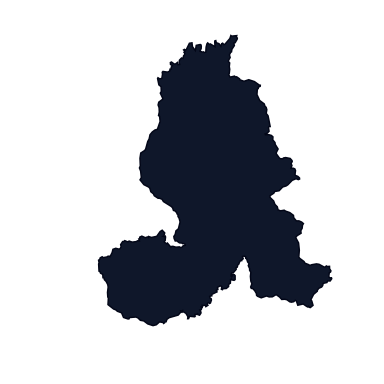 Rosário do Sul, Rio Grande do Sul, Brazil, rotated 74°
{"feature_id": "56859067B54668375607897", "entity_name": "Rosário do Sul", "entity_type": "district", "adm_level": 2, "iso_a3": "BRA", "parent_name": "Brazil", "parent_adm1": "Rio Grande do Sul", "projection": "mercator", "projection_center": [-55.098, -30.378], "detail": "fine", "context": "isolated", "style": "filled", "palette": "ink", "viewbox_px": 384, "rotation_deg": 74, "n_neighbors": 0, "source": "geoboundaries", "source_scale": "gbopen_adm2", "svg_char_len": 5991}
<svg xmlns="http://www.w3.org/2000/svg" viewBox="0 0 384 384"><g transform="rotate(74 192 192)"><path d="M52.5,143.4L52.2,147.5L57.0,149.8L52.4,151.5L48.6,150.9L48.3,153.5L53.5,158.2L53.6,159.4L52.8,160.0L53.1,160.9L54.8,160.0L55.5,161.2L56.7,160.7L58.1,161.4L58.7,162.5L61.1,163.8L60.3,165.1L61.8,167.7L63.8,168.6L66.0,168.7L65.8,170.5L63.5,170.4L64.4,172.5L64.1,173.8L61.4,175.9L61.6,177.1L63.5,177.5L65.2,176.0L66.2,177.5L68.0,178.1L67.8,179.2L69.6,180.1L70.0,182.5L68.1,186.7L68.7,187.6L70.7,187.9L74.5,189.7L74.4,191.8L72.8,193.2L73.4,193.8L79.9,194.3L82.2,192.7L86.9,193.8L88.2,195.2L93.9,194.3L94.8,194.8L96.5,199.2L99.0,200.6L101.9,200.4L106.1,201.4L109.3,203.1L110.4,202.3L115.4,203.2L122.2,208.0L122.2,210.6L123.4,213.7L125.4,216.6L129.2,218.6L131.2,220.6L137.8,224.6L139.0,225.9L140.4,230.5L145.2,232.7L152.7,234.5L154.4,235.9L157.7,235.6L164.1,236.7L166.0,238.6L171.7,236.2L175.3,232.3L176.8,231.5L180.4,231.5L183.1,229.6L185.2,229.3L188.7,226.3L188.9,225.2L190.7,222.8L193.3,222.1L200.3,215.8L202.0,215.0L204.6,214.9L205.4,213.6L207.6,212.4L209.0,212.4L209.8,211.7L211.7,212.2L213.7,211.6L217.5,211.7L223.6,215.2L224.9,218.1L228.2,219.9L229.7,221.7L231.7,222.0L234.5,221.6L234.6,220.3L237.4,218.1L238.4,215.6L239.2,215.1L239.3,214.0L240.3,213.0L241.4,213.2L241.3,215.4L242.3,216.7L242.3,218.2L241.3,219.2L240.6,222.7L239.0,225.2L238.7,226.4L239.2,227.5L234.3,229.7L234.7,230.7L232.6,232.4L231.9,232.3L231.3,231.2L227.9,229.8L227.1,229.9L227.5,230.7L226.6,232.1L226.4,231.1L223.8,229.5L220.5,231.2L221.2,233.5L224.9,238.1L224.5,243.5L222.8,246.0L223.7,246.5L222.9,247.3L223.1,249.4L220.6,252.4L221.0,254.7L222.7,255.1L222.5,256.1L224.5,256.0L223.9,257.7L224.3,259.3L223.7,263.3L221.8,266.0L222.2,266.7L222.1,267.7L220.2,270.1L220.8,271.1L220.5,272.3L222.9,275.1L225.0,275.2L226.4,276.4L226.9,277.7L225.1,280.8L225.3,283.8L228.1,285.4L231.6,288.6L230.8,289.4L230.6,290.7L231.0,291.6L230.6,295.5L229.5,296.2L230.0,298.4L231.3,299.2L231.8,300.6L234.3,300.8L235.5,301.6L242.5,303.2L243.0,302.5L244.8,302.3L246.6,300.5L249.9,301.2L250.4,300.2L252.1,300.4L254.3,299.2L257.8,298.5L260.3,298.8L265.2,300.9L269.8,301.9L270.8,301.6L277.1,303.8L282.9,299.6L284.2,297.8L286.1,296.6L288.7,293.0L293.7,292.4L296.3,288.7L296.6,287.6L295.5,286.6L296.7,280.4L298.1,278.7L301.1,277.0L302.6,273.9L306.6,270.9L309.7,266.3L309.8,262.9L307.9,259.0L309.6,255.6L310.5,255.5L310.2,254.4L309.4,253.8L309.6,252.7L307.5,251.2L306.5,248.6L306.5,239.2L304.1,235.5L303.1,235.6L303.6,234.5L303.3,233.6L304.4,233.7L306.9,231.3L310.8,230.3L312.6,231.1L312.8,230.2L310.8,228.6L312.7,223.8L312.2,223.1L311.3,223.5L310.4,222.9L310.9,221.7L310.6,220.2L311.5,220.2L312.5,218.7L311.0,216.9L310.0,216.5L307.5,217.0L307.7,215.7L306.6,214.8L305.0,214.9L305.5,213.9L303.7,213.4L304.4,212.6L304.2,211.6L304.8,210.4L306.0,210.3L305.3,207.9L303.9,208.3L303.3,207.7L302.9,206.6L304.0,205.8L303.8,204.9L301.2,203.1L299.8,203.0L298.7,204.0L297.2,203.8L297.2,201.5L296.3,201.6L295.8,200.8L294.9,195.5L293.2,195.7L292.9,194.0L290.7,193.8L290.0,190.8L291.1,189.4L293.6,190.6L294.3,189.6L293.5,188.9L294.2,185.7L293.0,182.9L291.9,182.7L290.5,181.6L290.3,180.3L286.6,179.0L286.4,178.1L287.5,177.9L288.5,175.9L288.1,174.7L284.3,173.6L283.2,174.1L282.5,175.7L284.1,176.4L284.5,177.3L283.4,177.7L281.3,176.7L280.5,175.8L281.1,174.7L278.6,170.9L276.8,170.5L276.7,169.2L274.6,168.0L274.0,166.6L273.0,166.2L271.4,164.4L271.7,163.1L270.8,162.6L270.3,161.2L268.0,161.3L267.7,160.4L268.8,158.3L270.7,158.6L271.3,157.9L274.6,157.8L276.6,156.9L278.3,158.2L281.7,157.7L282.9,158.2L285.6,157.6L289.1,159.1L293.9,160.0L296.7,159.7L299.5,161.8L301.0,161.6L301.6,160.2L304.2,158.9L307.3,158.1L309.2,158.4L310.3,157.7L312.8,154.6L312.5,149.0L314.1,146.8L314.9,143.6L313.8,139.4L317.2,136.7L320.0,135.4L320.7,132.3L321.8,130.4L324.5,128.3L325.3,126.8L325.5,124.5L324.5,122.6L325.7,121.7L330.0,121.5L330.3,116.0L333.5,113.4L334.5,112.3L334.0,111.5L335.2,111.0L335.7,110.1L334.3,106.9L329.7,106.9L328.4,107.5L323.9,103.3L321.9,98.9L320.9,98.5L319.5,96.6L319.1,93.6L318.0,92.2L316.0,91.1L316.2,87.3L314.9,86.0L315.6,83.7L313.9,81.6L312.9,81.6L312.6,83.0L311.6,83.7L310.6,83.7L307.5,82.3L307.1,80.9L306.1,80.2L303.7,80.9L301.4,80.3L300.7,82.9L300.1,83.3L300.7,84.3L300.7,85.5L296.5,89.8L295.4,92.2L294.9,96.9L295.1,99.2L294.1,99.7L291.6,103.0L289.7,103.5L285.5,106.7L284.0,107.3L277.6,104.9L270.3,103.6L264.3,104.9L263.0,103.1L261.7,98.5L259.2,98.1L257.2,96.1L254.3,94.9L253.1,93.6L251.1,94.9L249.2,97.2L248.5,99.7L244.7,101.3L242.4,100.9L238.7,103.7L236.2,107.3L234.9,108.4L234.5,112.1L232.9,114.2L229.7,114.1L226.8,115.7L223.1,116.0L218.5,118.6L217.0,117.9L215.7,113.7L214.3,112.4L214.8,107.9L212.2,103.5L212.1,99.8L211.5,97.9L208.4,92.5L207.9,88.3L209.4,86.4L209.2,85.0L208.1,84.8L206.1,86.0L204.7,87.9L203.6,88.2L200.0,86.6L198.1,86.8L197.0,88.2L196.5,90.4L194.0,88.6L192.0,89.0L190.4,87.3L189.3,87.2L186.8,88.4L184.7,92.5L184.5,94.8L185.2,95.5L184.3,98.0L183.3,98.7L178.5,100.4L177.6,100.3L174.4,97.4L169.2,98.9L167.3,98.6L164.1,100.0L161.3,99.0L159.5,100.1L158.0,102.5L157.2,105.7L156.3,105.7L156.3,103.7L154.9,101.2L151.1,100.7L150.3,99.9L150.6,98.8L139.7,97.9L136.9,99.0L133.5,97.4L131.0,97.4L129.8,98.2L127.2,98.3L122.7,101.7L116.2,102.7L111.3,100.9L110.8,99.8L109.6,99.5L109.2,97.3L108.2,96.9L107.6,98.0L103.1,101.5L99.7,106.5L99.9,111.5L97.4,115.0L96.3,115.1L93.6,117.3L93.3,118.6L92.3,119.2L92.1,123.7L89.3,124.4L88.3,123.5L84.4,121.9L81.7,121.6L78.3,120.2L76.8,121.0L75.4,120.5L73.3,118.3L70.4,118.2L68.4,116.3L68.2,115.4L65.8,114.3L62.9,110.9L60.5,110.9L60.4,109.4L57.6,106.5L56.6,106.0L55.0,106.6L54.0,105.9L53.1,110.9L52.3,111.5L54.9,113.3L58.9,119.4L59.2,120.7L57.4,121.5L57.6,122.6L59.9,124.1L56.8,125.2L55.2,127.5L53.0,127.4L53.0,128.3L54.0,128.8L58.7,129.8L54.7,133.6L54.9,134.7L53.0,135.8L53.7,136.8L56.6,138.5L61.4,140.2L61.3,141.8L60.5,142.3L60.4,143.4L58.8,145.6L56.7,143.7L54.5,142.9L53.1,142.8L52.5,143.4ZM304.1,235.5L304.9,234.8L304.4,233.7L303.6,234.5L304.1,235.5Z" fill="#0f172a" stroke="#020617" stroke-width="1.5"/></g></svg>